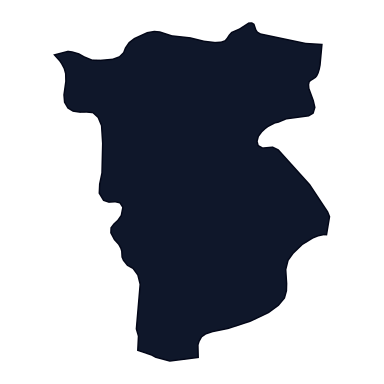 map outline of Mila (Equal Earth projection)
{"feature_id": "DZA-2220", "entity_name": "Mila", "entity_type": "Province", "adm_level": 1, "iso_a3": "DZA", "parent_name": "Algeria", "parent_adm1": "", "projection": "equal_earth", "projection_center": [6.134, 36.259], "detail": "fine", "context": "isolated", "style": "filled", "palette": "ink", "viewbox_px": 384, "rotation_deg": 0, "n_neighbors": 0, "source": "natural_earth", "source_scale": "10m", "svg_char_len": 1597}
<svg xmlns="http://www.w3.org/2000/svg" viewBox="0 0 384 384"><path d="M79.9,112.1L73.1,111.1L68.0,108.0L64.6,102.2L64.0,94.9L65.9,81.3L65.7,73.6L64.3,68.5L61.7,63.6L59.8,60.8L54.5,54.9L68.0,51.4L72.2,52.0L78.8,53.9L84.1,56.9L92.1,60.2L100.6,60.4L112.8,59.3L119.6,56.8L123.7,52.7L125.5,48.0L129.2,42.6L134.4,38.6L147.3,32.7L154.3,31.5L159.8,32.0L171.8,35.9L190.2,37.9L204.0,41.3L215.0,42.6L221.2,42.2L225.2,40.8L227.3,38.3L229.3,35.2L231.7,32.5L239.5,29.1L248.8,23.1L251.8,23.0L253.9,24.3L255.8,30.0L257.3,32.2L260.4,34.0L305.6,43.5L321.9,44.5L320.0,65.1L319.2,69.1L318.0,73.0L316.7,75.7L315.4,77.3L310.3,80.6L309.1,81.8L308.5,84.6L308.8,88.5L313.2,100.5L314.8,107.4L313.1,113.1L308.6,115.8L286.1,118.8L278.3,122.1L274.7,122.9L267.8,126.5L264.9,128.7L261.6,131.8L258.3,136.3L257.0,141.3L258.1,145.6L262.6,148.1L272.6,147.2L278.2,149.9L309.6,184.7L327.6,211.9L329.5,216.7L326.5,234.7L323.5,234.6L318.0,235.8L312.8,237.9L302.2,244.4L293.0,253.3L288.0,260.3L285.7,269.5L286.6,283.7L286.4,290.8L284.4,298.0L278.4,305.2L268.5,312.5L250.4,321.1L228.1,328.4L212.4,331.6L205.6,333.9L201.5,336.8L199.0,341.3L197.9,344.9L198.2,357.4L169.8,361.0L155.7,357.2L151.7,355.0L137.8,350.3L138.5,336.1L136.4,328.9L140.2,284.3L137.9,275.0L133.1,268.4L127.5,265.3L123.5,260.3L122.1,257.0L121.8,251.2L121.0,248.4L118.8,244.3L114.5,239.6L110.9,232.8L111.1,227.8L114.0,224.0L117.9,220.4L121.3,215.5L122.9,207.3L120.0,202.8L115.2,201.7L108.9,202.1L103.6,200.3L99.3,193.2L99.7,184.1L102.0,173.0L102.7,143.4L101.6,125.6L98.2,117.4L93.0,112.6L86.6,112.0L79.9,112.1Z" fill="#0f172a" stroke="#020617" stroke-width="1.5"/></svg>